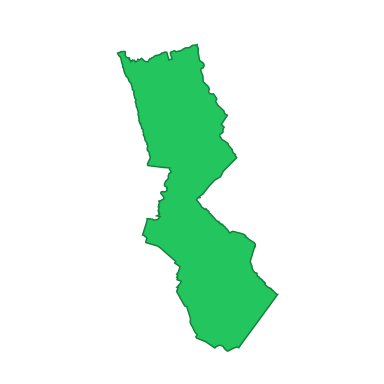 the district of Monterrey, Nuevo León, Mexico, rotated 197°
{"feature_id": "50627088B99377367762424", "entity_name": "Monterrey", "entity_type": "district", "adm_level": 2, "iso_a3": "MEX", "parent_name": "Mexico", "parent_adm1": "Nuevo León", "projection": "orthographic", "projection_center": [-100.3, 25.64], "detail": "fine", "context": "isolated", "style": "filled", "palette": "green", "viewbox_px": 384, "rotation_deg": 197, "n_neighbors": 0, "source": "geoboundaries", "source_scale": "gbopen_adm2", "svg_char_len": 6083}
<svg xmlns="http://www.w3.org/2000/svg" viewBox="0 0 384 384"><g transform="rotate(197 192 192)"><path d="M91.8,123.3L93.8,124.1L95.0,124.9L95.4,125.2L95.1,125.5L95.3,126.3L95.8,126.6L96.4,126.5L96.8,127.2L97.3,127.5L97.6,127.6L98.3,127.5L98.7,127.8L98.8,128.3L99.3,128.5L100.1,128.7L100.8,129.1L101.4,129.0L102.0,129.2L102.0,129.6L103.2,130.4L104.9,130.6L105.2,131.4L105.8,132.0L105.9,132.9L106.3,133.4L108.5,133.3L111.2,135.3L112.2,136.8L112.9,138.5L116.0,142.5L116.1,157.2L116.1,157.3L115.8,157.3L115.6,158.5L115.9,158.5L115.8,159.1L116.0,159.3L116.1,160.5L117.8,161.8L123.3,163.2L125.7,164.3L127.9,164.8L127.6,165.5L128.8,166.3L130.1,166.7L134.8,166.7L137.4,166.5L141.2,166.4L141.9,166.1L143.0,165.0L143.9,163.7L147.1,166.4L148.6,167.1L149.8,167.9L150.5,168.4L151.3,168.6L153.6,170.0L154.4,169.4L154.7,169.8L155.4,169.9L155.4,170.0L155.6,169.9L156.1,170.0L157.0,170.6L156.8,170.9L157.4,171.1L157.6,171.4L157.7,171.2L159.5,171.6L161.3,172.3L162.4,173.2L168.2,176.6L168.9,176.6L169.2,176.7L169.9,177.6L170.0,178.1L171.2,178.8L172.2,179.1L172.8,179.4L173.5,179.5L173.4,179.9L173.8,180.1L174.2,179.3L174.7,179.3L175.9,179.6L178.4,180.5L179.2,181.2L180.3,182.5L181.0,182.8L183.0,184.3L184.4,185.2L185.1,185.5L185.4,186.1L184.9,187.3L183.9,189.0L183.7,189.3L182.8,188.8L182.6,189.1L183.7,189.6L182.7,191.2L180.8,193.4L181.0,193.5L180.9,193.7L180.2,194.9L180.3,195.7L179.9,196.1L177.4,202.5L173.9,209.8L169.1,215.0L168.2,220.9L159.6,237.2L159.4,237.7L159.4,238.0L161.5,239.7L161.3,240.3L161.4,240.5L164.1,241.6L165.5,243.3L165.8,244.1L166.6,244.8L170.8,247.3L171.7,248.9L176.7,250.6L178.1,250.7L181.7,253.4L182.2,255.3L181.1,256.3L179.9,258.0L180.0,259.1L180.7,260.9L180.6,261.6L180.2,263.0L180.2,263.4L183.6,265.1L183.4,266.3L180.6,275.7L181.3,276.0L182.3,275.9L184.0,277.0L185.2,278.9L193.0,282.8L195.9,285.6L196.0,286.1L195.5,287.4L195.5,288.2L195.9,288.8L200.2,292.2L201.7,291.4L203.9,291.4L204.9,292.0L205.4,292.8L205.6,295.6L206.6,297.0L207.5,297.7L213.5,300.8L215.5,306.1L218.3,309.6L219.3,311.4L219.2,312.9L217.7,313.8L217.3,315.5L217.4,316.7L218.1,317.9L219.7,318.9L222.6,319.8L223.3,320.2L227.7,329.0L227.4,329.4L228.1,331.4L229.6,332.8L230.2,334.5L232.1,333.2L233.3,332.9L234.6,332.3L236.2,329.9L236.7,329.4L240.7,327.7L242.2,325.9L242.8,325.6L243.0,324.8L245.6,322.8L246.0,322.9L246.3,322.5L248.1,321.6L248.5,321.6L249.6,321.9L250.2,321.9L251.8,320.7L252.1,320.3L253.2,319.6L253.2,318.1L250.1,313.5L252.7,311.5L256.9,318.2L258.6,318.0L259.0,317.7L259.1,317.8L260.0,316.9L260.5,316.6L261.3,315.7L261.6,315.9L262.5,314.5L263.8,313.4L264.3,313.1L264.7,312.6L266.1,312.3L267.1,311.5L267.6,311.0L268.3,309.6L269.4,308.8L270.0,308.1L270.3,307.5L271.0,307.3L271.6,306.4L272.2,303.8L273.7,303.3L275.6,303.2L277.3,304.2L277.8,304.4L278.7,304.8L279.5,305.0L279.8,304.7L280.2,303.7L280.6,303.2L281.3,303.0L282.6,303.1L282.7,302.5L282.5,301.4L284.0,299.8L284.4,299.8L285.1,300.8L285.2,301.1L286.1,301.1L286.8,300.7L287.4,300.8L287.6,299.6L288.1,299.2L288.0,299.5L288.1,299.8L289.6,299.8L290.1,300.2L290.4,300.6L290.5,300.5L290.8,300.4L290.9,300.5L290.9,301.7L291.1,301.8L291.4,302.0L292.1,301.6L293.0,301.5L294.4,301.9L295.8,303.1L296.0,304.4L296.2,304.8L296.6,306.4L297.2,306.7L297.8,306.7L298.4,306.5L299.3,305.9L300.2,305.9L300.9,305.5L302.0,304.3L302.4,304.2L302.8,303.9L303.1,303.4L303.8,303.0L302.1,301.1L300.2,300.2L299.3,299.3L296.9,295.1L295.9,293.8L294.5,290.9L294.1,290.9L292.4,287.9L291.5,286.5L290.7,285.6L290.4,285.1L289.4,284.3L288.8,283.3L286.6,282.4L286.5,282.1L284.3,279.3L282.4,278.3L281.0,276.5L279.1,273.2L279.1,272.8L279.0,272.5L278.5,272.2L277.2,271.6L277.0,270.9L276.9,270.4L276.6,270.2L276.5,269.3L276.0,268.1L275.1,266.8L274.0,264.9L272.8,264.2L272.5,263.4L272.7,262.6L272.7,262.0L272.2,261.0L271.6,260.5L270.0,257.1L269.2,256.5L266.7,252.5L266.3,252.3L266.5,251.6L266.2,250.1L265.2,249.0L263.9,246.0L263.8,245.0L262.6,243.3L261.6,242.8L261.7,242.2L261.1,242.3L260.9,242.2L260.9,241.6L260.1,240.5L259.4,239.7L258.7,238.1L258.4,237.8L257.3,237.6L256.7,237.1L256.7,235.7L255.9,234.9L255.7,234.3L255.2,232.3L254.6,231.6L253.8,231.2L253.5,230.5L253.3,230.5L252.9,230.0L252.8,229.1L251.2,226.9L250.1,226.4L248.9,225.2L248.9,224.9L249.1,224.5L249.0,224.4L247.7,223.0L247.6,222.0L247.7,221.0L247.2,219.3L246.3,218.4L245.2,218.0L244.8,217.7L243.6,215.1L242.3,213.4L241.9,212.6L242.8,205.6L241.9,204.4L226.9,207.0L220.5,208.5L220.5,207.8L220.0,206.9L218.6,206.0L217.9,205.1L217.8,204.6L219.0,203.5L219.4,202.7L219.4,200.3L218.9,199.1L218.8,197.7L219.2,196.7L219.8,195.8L220.2,195.1L220.7,192.4L220.7,191.8L220.4,190.6L220.0,190.0L219.4,189.6L217.5,189.2L217.2,189.0L217.1,187.9L216.8,187.5L216.6,187.0L216.6,185.5L216.8,185.2L218.4,184.0L219.7,184.0L221.0,183.4L221.6,182.8L221.6,182.1L221.5,181.7L220.8,181.1L218.0,179.2L217.3,178.5L217.1,177.6L217.2,177.0L217.4,176.7L218.2,176.0L218.3,175.8L219.7,174.4L220.3,174.0L220.9,173.9L220.9,173.7L220.9,173.4L220.3,173.1L220.5,173.0L220.2,172.8L219.9,168.0L219.0,168.1L218.9,164.3L218.7,163.8L217.8,163.8L217.8,162.3L217.0,162.2L216.8,162.0L216.6,161.5L216.7,161.1L217.1,160.8L216.9,160.5L218.7,158.9L215.2,159.0L216.4,156.5L217.0,155.7L219.3,154.3L220.4,154.1L221.9,154.4L222.9,154.1L224.8,154.1L225.9,153.8L227.2,153.2L226.7,152.3L226.6,146.9L226.7,136.4L225.9,136.4L225.1,136.5L224.4,135.8L222.7,135.5L221.7,134.6L221.6,130.6L221.5,130.3L221.2,130.1L208.8,130.3L205.6,129.1L187.2,120.8L187.8,119.0L181.7,117.1L181.6,112.2L181.8,111.4L182.6,108.8L181.1,108.3L181.7,106.0L181.0,106.0L180.7,105.8L180.7,103.8L176.1,103.5L176.4,101.4L178.5,96.6L177.4,96.9L177.6,92.3L165.7,80.9L163.7,81.1L156.5,70.6L156.0,68.8L156.0,67.9L155.7,67.0L154.5,65.2L152.1,63.1L148.7,59.3L147.3,58.2L145.5,57.3L145.3,57.0L145.5,56.0L146.0,54.6L145.8,54.4L144.6,53.6L134.9,52.8L124.6,49.5L123.8,51.0L122.8,51.9L121.6,53.0L120.8,53.4L119.6,53.7L118.1,53.6L117.1,53.3L115.7,52.2L114.4,51.3L112.1,50.3L111.3,50.3L110.8,50.6L107.9,53.6L104.2,56.7L103.7,56.9L101.7,56.7L101.7,57.0L100.5,60.8L89.5,92.0L80.2,119.0L80.5,118.9L82.0,119.4L86.2,121.7L87.5,122.1L88.2,122.8L88.4,122.7L91.8,123.3Z" fill="#22c55e" stroke="#15803d" stroke-width="1.5"/></g></svg>